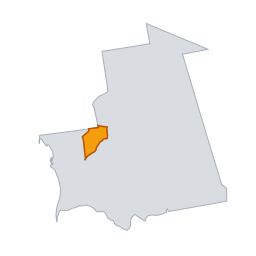 location of Atar, Adrar, Mauritania, rotated 352°
{"feature_id": "47542326B12791497255333", "entity_name": "Atar", "entity_type": "district", "adm_level": 2, "iso_a3": "MRT", "parent_name": "Mauritania", "parent_adm1": "Adrar", "projection": "albers", "projection_center": [-13.574, 20.45], "detail": "fine", "context": "in_parent", "style": "filled", "palette": "amber", "viewbox_px": 256, "rotation_deg": 352, "n_neighbors": 0, "source": "geoboundaries", "source_scale": "gbopen_adm2", "svg_char_len": 4039}
<svg xmlns="http://www.w3.org/2000/svg" viewBox="0 0 256 256"><g transform="rotate(352 128 128)"><path d="M110.5,228.1L110.1,228.0L108.5,226.8L107.7,225.5L106.3,224.4L104.5,223.8L103.3,223.0L102.8,222.1L102.1,221.5L101.4,221.2L101.4,220.9L101.5,220.4L101.3,219.6L100.3,217.8L99.3,217.0L98.4,217.1L98.0,216.9L97.7,216.5L97.6,215.9L97.0,215.4L96.0,215.2L95.2,213.9L94.6,211.4L93.8,209.5L92.8,208.1L92.1,207.6L91.6,207.5L91.4,207.3L91.3,206.9L90.6,206.8L89.5,207.2L88.6,207.1L88.1,206.4L87.4,206.3L86.6,206.9L85.7,206.7L84.7,205.8L84.2,205.0L84.1,204.1L82.4,202.4L79.1,199.8L75.5,198.5L71.6,198.7L69.4,198.5L68.9,198.1L68.4,198.1L67.9,198.6L67.4,198.7L66.9,198.4L66.5,198.6L66.4,199.3L65.0,199.6L62.4,199.6L60.3,200.0L58.7,200.8L56.4,201.1L53.4,200.9L51.7,200.6L51.1,200.1L50.2,200.0L49.1,200.2L48.1,201.5L47.2,203.8L46.5,205.1L45.9,205.4L45.3,207.1L44.9,210.0L44.3,211.3L44.5,204.1L45.3,201.4L45.7,199.0L47.6,193.9L49.8,189.6L51.8,184.0L52.7,178.5L52.5,173.1L52.0,168.3L51.0,165.1L50.1,160.5L48.8,158.1L46.2,155.9L45.7,154.7L46.3,154.3L47.9,154.0L48.9,152.3L46.8,152.9L49.3,147.9L50.1,144.5L50.0,142.2L50.5,140.9L48.7,137.8L47.3,134.0L46.6,133.4L45.8,133.0L45.7,133.9L45.3,134.7L44.4,134.2L42.9,131.4L40.7,126.9L40.0,126.4L39.3,127.0L38.9,127.6L38.1,131.3L37.9,129.8L38.2,128.1L38.8,125.9L39.5,122.9L41.4,123.0L44.9,123.0L51.7,123.2L55.2,123.2L62.0,123.3L65.5,123.3L72.3,123.4L75.8,123.4L82.6,123.4L86.1,123.4L92.9,123.4L96.4,123.4L98.6,123.4L98.5,121.2L98.4,119.6L98.2,117.3L98.1,115.0L97.9,112.7L97.8,110.6L97.6,108.5L97.5,106.5L97.4,104.7L97.2,103.7L96.5,101.6L96.3,100.6L96.5,99.5L97.0,98.5L98.3,96.6L100.3,95.2L102.6,93.5L104.4,92.2L105.3,91.9L108.0,91.5L110.2,90.5L112.3,89.5L113.2,89.0L113.3,87.3L112.9,48.5L123.2,48.4L125.9,48.3L144.8,48.0L147.5,47.9L161.3,47.5L161.2,45.7L161.2,43.1L161.1,39.5L160.9,35.9L160.7,29.6L160.7,26.9L163.4,28.6L169.0,32.0L171.7,33.6L177.3,37.0L182.9,40.3L188.4,43.6L191.2,45.3L194.0,46.9L196.9,48.6L199.7,50.2L205.3,53.5L207.7,54.9L211.3,57.1L214.7,59.1L218.1,61.2L213.0,61.5L206.2,61.8L201.5,62.0L196.8,62.3L192.3,62.4L192.8,66.1L193.4,70.0L194.0,74.0L194.6,78.0L195.2,81.9L197.0,93.9L197.6,97.8L198.2,101.8L198.8,105.8L199.4,109.8L200.6,117.7L201.2,121.7L201.8,125.6L202.4,129.6L203.0,133.6L203.6,137.6L204.8,145.5L205.5,149.5L206.1,153.5L206.7,157.4L207.3,161.4L207.9,165.4L208.6,169.4L209.2,173.3L210.4,181.3L211.1,185.2L211.7,189.2L212.3,193.2L212.9,197.0L214.9,198.9L217.3,201.4L216.8,205.0L216.2,209.3L215.6,214.1L209.1,214.4L202.8,214.7L186.9,215.3L183.8,215.4L167.9,216.0L164.8,216.1L158.6,216.2L156.8,216.2L156.2,215.8L155.9,213.4L155.3,213.6L154.7,214.3L154.4,215.1L154.5,216.1L154.4,217.0L152.4,217.3L149.7,218.0L146.8,218.5L143.9,218.4L142.9,218.2L141.8,217.9L139.5,217.6L138.2,217.6L136.7,217.7L135.0,217.9L134.5,218.4L133.2,220.2L132.0,222.4L131.2,222.4L130.2,221.2L127.7,219.1L124.6,216.3L123.2,214.9L122.4,214.7L121.0,215.7L119.8,216.7L118.5,218.1L117.9,219.5L117.5,221.0L117.3,222.9L116.8,225.0L115.8,226.8L114.5,228.1L113.6,228.7L113.2,229.1L110.5,228.1ZM47.9,149.2L46.9,150.7L46.5,150.1L46.3,149.1L47.2,147.7L47.6,146.9L48.4,146.6L47.9,149.2Z" fill="#d9dde1" stroke="#a8b0b8" stroke-width="1"/><path d="M80.7,154.0L81.1,153.4L81.3,153.3L81.5,153.1L81.7,152.6L81.9,152.5L82.5,151.8L82.8,151.4L83.2,151.1L83.3,150.9L83.5,150.8L83.8,150.7L84.0,150.5L84.2,150.2L84.6,150.0L84.7,149.9L84.8,149.8L84.9,149.7L85.0,149.7L85.3,149.7L85.4,149.4L85.5,149.4L86.5,148.9L87.0,148.7L87.2,148.8L87.3,148.7L87.5,148.5L88.9,147.8L89.1,147.7L90.7,147.2L92.1,146.4L92.7,145.7L93.2,145.2L93.7,143.5L94.3,142.8L94.4,142.6L96.0,140.8L96.8,139.9L97.4,139.1L97.9,138.3L98.6,137.8L100.7,137.1L101.6,136.0L103.0,135.2L104.5,135.6L105.4,135.5L106.0,135.4L106.3,134.0L106.8,131.5L106.6,129.3L107.0,127.9L107.0,126.8L107.0,125.3L107.6,124.1L102.5,122.8L98.6,121.2L98.9,123.4L96.4,123.4L92.7,123.3L89.1,123.4L88.9,123.4L88.8,124.8L88.8,125.3L88.7,125.6L86.8,126.8L85.8,127.6L85.4,127.8L82.0,130.0L81.6,130.4L82.1,133.4L81.8,145.2L81.7,151.5L80.7,154.0Z" fill="#f59e0b" stroke="#b45309" stroke-width="1.5"/></g></svg>